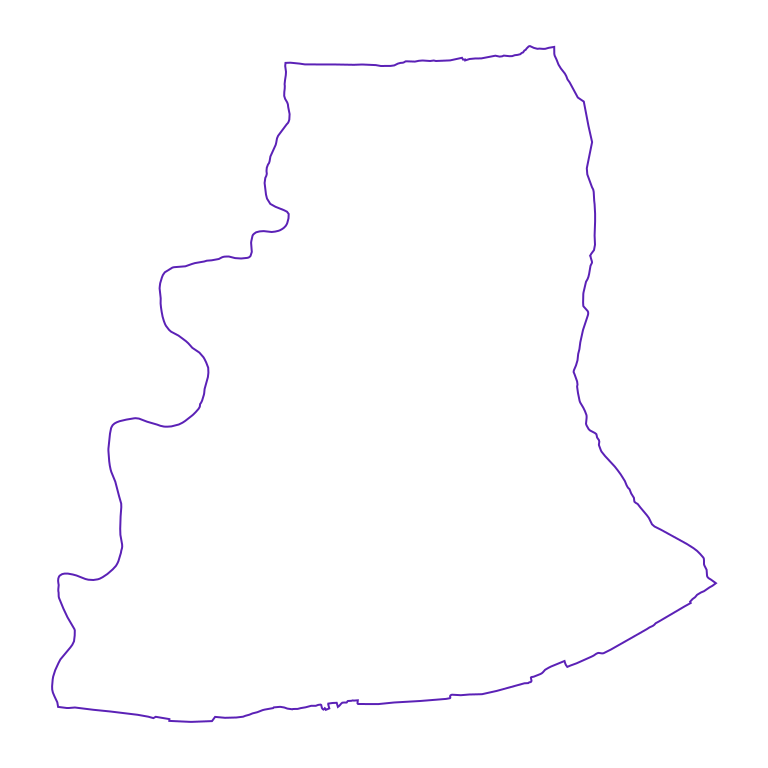 Stanesti, Vâlcea, Romania (Equal Earth projection)
{"feature_id": "2599482B92265495094615", "entity_name": "Stanesti", "entity_type": "district", "adm_level": 2, "iso_a3": "ROU", "parent_name": "Romania", "parent_adm1": "Vâlcea", "projection": "equal_earth", "projection_center": [24.051, 44.813], "detail": "fine", "context": "isolated", "style": "outline", "palette": "violet", "viewbox_px": 768, "rotation_deg": 0, "n_neighbors": 0, "source": "geoboundaries", "source_scale": "gbopen_adm2", "svg_char_len": 6007}
<svg xmlns="http://www.w3.org/2000/svg" viewBox="0 0 768 768"><path d="M646.9,629.1L649.5,627.4L652.8,625.9L654.4,624.7L655.6,623.3L658.7,621.6L684.4,606.5L690.7,603.0L690.1,601.7L692.5,599.1L695.1,597.2L697.1,594.8L701.1,592.4L704.0,591.2L709.5,587.4L712.4,585.8L715.9,583.2L710.8,579.5L708.8,578.3L707.8,577.4L707.2,576.4L707.0,575.2L706.6,569.8L704.4,565.5L704.0,564.2L704.0,560.3L703.8,558.5L703.4,557.7L700.2,554.0L697.2,551.0L693.4,548.1L686.9,544.0L660.9,529.7L654.5,526.5L652.0,524.3L648.9,518.0L647.0,515.4L640.3,507.4L637.7,504.0L635.8,502.9L634.5,501.8L634.3,501.1L633.9,497.8L631.2,493.5L629.5,489.2L627.9,487.6L626.6,485.3L624.9,481.1L620.7,474.4L617.7,470.3L614.8,466.6L605.0,456.0L601.5,451.6L600.9,450.4L599.0,445.3L598.9,444.7L599.3,441.7L599.1,440.9L598.9,440.1L597.1,437.5L596.6,435.1L596.3,434.1L594.9,433.0L590.1,430.5L588.7,429.2L586.6,425.5L586.0,423.8L586.6,417.9L586.6,416.0L586.4,414.9L585.0,411.2L583.3,407.7L580.2,402.5L579.6,400.9L578.0,393.1L577.2,387.4L577.1,386.4L577.5,384.6L577.1,381.4L574.6,374.4L573.6,372.0L573.9,370.3L576.0,365.4L577.5,360.3L578.2,353.9L579.4,349.2L580.3,342.3L583.0,330.0L587.9,315.2L588.2,313.8L588.1,312.0L587.6,311.0L583.7,306.6L583.3,306.0L583.1,302.6L583.3,294.0L583.5,292.5L586.0,281.8L587.5,279.2L588.4,276.9L589.1,274.0L590.5,265.8L592.0,262.7L591.9,261.4L590.8,257.8L590.5,256.2L590.1,255.8L591.3,253.7L594.0,250.1L595.0,244.7L594.6,235.5L595.1,221.4L595.1,213.7L594.6,204.3L594.2,200.7L593.7,191.9L593.2,189.5L592.0,187.2L587.3,174.4L586.8,168.3L592.1,142.1L588.5,126.1L583.8,101.6L577.8,97.5L569.6,82.3L567.5,79.4L566.3,76.2L564.9,73.6L560.9,68.5L558.5,64.6L556.5,59.5L554.7,55.7L554.3,53.9L554.2,46.9L548.8,47.8L545.3,48.8L543.3,48.9L539.6,48.6L537.4,48.8L533.9,47.9L530.0,46.1L529.2,46.2L528.5,46.6L526.5,48.6L525.7,49.8L524.4,50.5L523.1,52.4L521.6,53.0L520.3,54.2L517.5,54.9L514.8,55.2L512.2,56.1L509.6,56.2L503.8,55.6L502.2,56.3L499.6,56.6L495.4,55.7L481.3,58.4L474.9,58.5L469.6,59.0L465.2,60.4L465.1,59.5L463.0,59.6L462.0,57.8L450.1,60.4L435.9,61.0L433.8,60.5L430.1,61.0L422.6,60.5L418.9,60.8L414.9,61.6L406.4,61.3L405.5,61.4L403.8,62.4L402.9,62.7L400.5,62.9L397.9,63.6L394.3,65.4L390.7,65.9L380.9,66.0L375.8,65.1L362.2,64.5L354.0,64.8L336.3,64.5L304.9,64.4L299.5,63.6L290.4,62.7L285.5,62.9L285.2,66.0L286.0,71.9L285.8,75.1L285.0,80.4L284.6,84.2L284.8,86.0L284.7,88.7L284.3,92.0L284.2,95.9L285.1,98.8L287.2,102.4L287.9,104.4L288.2,107.0L289.6,114.1L289.3,119.6L288.7,121.5L288.0,122.9L286.7,124.3L278.1,135.8L277.0,138.4L276.2,142.8L275.7,144.8L270.4,156.5L269.6,161.2L269.0,163.1L268.0,164.5L266.8,167.7L266.5,171.0L266.8,173.8L266.3,175.8L265.3,177.9L264.6,183.0L266.0,194.6L267.0,198.6L270.3,203.9L275.5,206.8L284.0,210.2L287.0,211.7L288.7,214.0L288.5,218.3L287.3,222.9L286.8,224.1L285.8,225.8L284.0,227.7L282.4,228.9L280.1,230.2L278.5,230.8L275.1,231.6L271.7,232.0L263.7,231.1L259.6,231.4L256.1,232.3L254.0,233.8L253.0,234.8L252.5,235.8L251.3,241.2L251.1,242.8L251.8,251.9L250.7,255.4L250.3,256.3L248.7,257.5L247.1,257.9L241.1,258.5L235.1,258.1L228.8,256.5L224.9,256.6L223.2,256.9L221.8,257.4L218.8,259.0L211.7,260.3L206.8,260.7L204.2,261.5L194.9,263.1L191.9,264.0L185.4,266.3L174.0,267.2L172.4,267.6L164.8,272.3L162.9,275.0L161.9,277.5L160.2,283.2L159.8,286.2L159.6,288.4L160.7,298.3L160.6,303.5L161.0,307.4L161.7,312.0L162.6,316.7L163.9,321.1L165.1,324.2L166.0,325.9L169.0,329.8L171.1,331.7L178.5,335.6L186.0,341.2L188.3,343.3L192.3,347.8L199.4,352.6L203.5,357.3L204.7,359.4L206.2,362.5L208.2,367.7L208.4,372.7L207.9,377.1L204.6,389.0L204.2,393.1L203.9,394.7L202.1,400.6L201.1,402.7L200.1,404.1L199.8,406.7L198.6,408.8L195.8,412.0L193.2,414.6L191.9,415.7L185.1,421.0L182.5,422.7L178.8,424.5L171.4,426.4L167.0,426.7L164.1,426.6L160.4,425.8L157.1,424.6L147.1,421.7L139.0,418.6L135.7,418.2L134.2,418.3L126.4,419.6L119.6,421.2L116.7,422.3L114.5,423.5L112.7,425.1L111.8,426.6L111.1,428.1L110.0,433.6L108.4,448.9L108.4,450.7L109.2,461.2L109.8,465.6L110.6,469.5L111.3,471.9L115.3,481.7L119.1,496.3L121.2,503.6L121.3,507.2L120.6,516.4L120.2,528.8L120.4,534.9L122.1,544.4L122.2,546.5L122.0,548.1L121.3,550.6L120.9,552.9L118.4,561.2L117.4,563.4L116.0,565.8L112.7,569.4L107.4,574.0L102.6,577.2L99.7,578.7L97.9,579.3L93.3,580.0L88.3,579.7L85.4,579.0L76.5,575.5L72.8,574.5L67.9,573.6L64.6,573.6L62.2,574.1L60.2,575.3L59.5,575.9L59.0,576.6L58.3,578.5L58.1,580.8L58.4,583.4L58.7,585.0L58.3,589.2L58.3,591.0L58.6,592.6L58.7,596.4L59.0,597.9L63.4,608.6L67.5,617.3L74.4,629.1L74.8,630.4L74.7,635.5L74.0,641.3L72.3,644.8L70.4,647.4L60.4,659.4L58.5,663.0L55.2,670.2L53.2,676.5L52.7,679.3L52.1,686.3L52.2,689.6L52.9,692.6L54.5,696.4L57.3,702.3L58.1,706.9L66.8,708.0L68.8,708.0L74.9,707.5L93.5,709.8L110.4,711.5L137.7,714.8L148.3,716.7L153.4,718.1L155.7,716.8L169.4,719.1L169.3,720.9L191.0,721.9L212.0,721.1L215.1,716.9L225.0,717.8L236.3,717.5L243.1,716.7L245.4,715.8L249.4,714.7L252.5,713.4L257.3,712.2L262.7,710.1L264.7,709.6L273.1,708.1L273.8,707.4L279.2,706.9L280.7,706.9L284.3,707.5L287.4,708.6L292.4,709.3L292.9,709.0L297.7,708.9L300.8,708.1L305.6,707.3L311.2,705.8L315.8,705.8L318.2,704.9L320.6,704.6L321.2,705.0L321.9,707.9L322.7,709.1L323.5,709.6L324.1,709.2L324.8,708.2L325.5,708.8L325.9,709.8L329.3,708.4L328.2,704.4L328.3,703.6L332.4,703.0L336.7,702.8L337.9,706.9L339.3,705.8L341.2,703.6L342.3,702.7L344.5,702.5L346.2,702.6L346.8,702.4L347.5,701.3L347.9,701.0L351.4,700.8L352.8,700.4L353.8,700.6L357.8,700.3L357.5,703.3L358.1,704.0L378.1,704.1L394.0,702.5L420.1,701.0L446.1,698.9L449.9,698.2L450.2,697.9L450.3,697.4L450.1,696.5L450.3,695.6L450.9,695.1L452.0,694.7L460.8,695.2L469.4,694.5L482.0,694.2L496.8,690.9L524.4,683.3L528.2,683.1L529.3,682.3L530.6,682.1L531.2,681.6L531.5,680.8L530.9,677.7L531.1,677.3L531.4,677.1L533.7,676.7L540.5,674.0L541.9,673.2L543.0,672.2L545.1,669.8L548.7,667.7L551.1,666.5L564.5,661.0L565.2,663.4L565.9,665.0L567.3,666.9L570.3,665.6L576.6,663.3L591.6,656.6L593.6,655.6L596.2,653.8L597.7,653.1L598.6,652.9L602.1,653.4L603.6,653.2L610.8,649.6L646.9,629.1Z" fill="none" stroke="#5b21b6" stroke-width="2"/></svg>